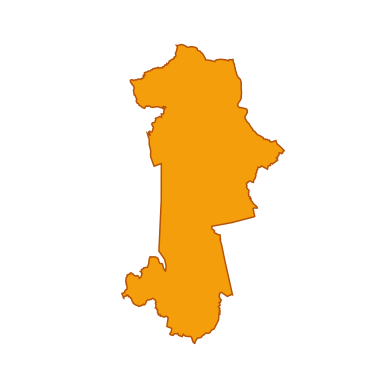 outline of El Plateado de Joaquín Amaro, Zacatecas, Mexico, rotated 160°
{"feature_id": "50627088B59379966693787", "entity_name": "El Plateado de Joaquín Amaro", "entity_type": "district", "adm_level": 2, "iso_a3": "MEX", "parent_name": "Mexico", "parent_adm1": "Zacatecas", "projection": "equal_earth", "projection_center": [-103.037, 22.004], "detail": "fine", "context": "isolated", "style": "filled", "palette": "amber", "viewbox_px": 384, "rotation_deg": 160, "n_neighbors": 0, "source": "geoboundaries", "source_scale": "gbopen_adm2", "svg_char_len": 6049}
<svg xmlns="http://www.w3.org/2000/svg" viewBox="0 0 384 384"><g transform="rotate(160 192 192)"><path d="M91.2,199.3L94.0,205.4L95.7,208.2L95.6,211.7L99.4,211.7L101.1,212.2L101.7,212.7L101.4,213.8L101.8,214.5L102.7,214.7L103.4,215.8L104.7,216.0L104.9,216.7L106.4,217.2L106.6,217.7L106.6,219.0L107.5,219.8L108.0,220.7L109.7,222.4L110.2,222.5L111.1,224.1L112.2,227.1L113.7,229.2L113.5,229.7L113.8,231.3L114.5,233.3L115.2,237.0L116.2,238.9L117.0,243.5L116.0,245.1L112.8,247.8L112.2,249.7L112.3,251.3L116.9,254.5L118.5,255.0L119.4,256.9L119.2,258.4L118.2,259.6L115.7,261.3L113.7,263.3L113.3,264.6L111.7,267.8L110.3,272.6L108.3,278.0L108.1,281.2L109.6,284.7L109.8,287.3L109.5,289.4L109.6,291.6L109.1,293.3L108.9,296.5L108.6,297.0L108.6,300.9L108.2,302.6L110.1,302.8L111.8,303.7L113.0,302.8L114.5,304.3L119.6,306.9L123.5,307.7L125.0,307.7L126.1,306.7L129.5,309.3L134.1,311.6L133.9,312.2L133.9,313.7L134.9,318.9L135.9,319.8L136.0,321.2L138.3,323.3L138.1,325.0L138.8,326.3L142.1,328.5L144.0,329.1L145.9,329.1L147.1,330.0L148.1,331.4L150.0,333.2L151.8,334.4L154.9,334.4L156.5,335.1L156.0,333.6L158.6,329.4L160.1,328.1L160.5,325.6L161.3,324.8L162.3,325.0L162.9,324.6L163.1,323.7L163.8,323.4L166.0,323.5L168.0,322.5L168.5,322.9L170.3,320.8L171.0,320.8L171.7,321.4L171.9,320.5L172.8,319.9L173.3,320.5L174.0,320.6L175.8,319.2L176.6,319.6L177.2,318.7L179.4,319.6L180.6,319.7L181.0,320.0L181.0,320.6L181.5,320.8L182.6,320.4L184.0,321.0L184.5,320.8L186.6,321.2L187.4,320.5L188.6,320.8L189.9,320.1L192.2,320.6L192.9,320.2L195.6,320.4L195.9,320.3L195.9,320.0L196.4,319.2L196.3,317.9L196.5,317.6L197.7,318.3L198.4,317.4L198.1,316.2L200.3,315.5L200.6,316.0L202.1,315.5L203.5,316.4L204.9,316.6L205.6,316.2L207.1,316.8L208.5,316.7L210.0,318.1L211.3,318.2L212.1,317.4L212.1,316.4L211.7,314.9L211.7,314.2L210.7,311.7L210.7,309.4L212.3,307.4L212.7,304.8L213.2,303.0L212.1,302.3L212.5,300.6L212.0,298.6L212.3,297.8L212.6,297.8L213.3,296.5L213.4,295.9L213.1,294.2L212.1,293.3L211.9,291.4L211.0,290.7L209.7,288.3L208.0,286.8L207.2,287.2L206.7,288.2L205.3,288.5L204.7,287.6L202.9,287.6L202.4,287.2L201.8,286.0L200.1,285.1L194.9,283.9L192.4,281.8L190.9,281.7L189.4,282.2L188.9,281.5L187.8,281.1L187.6,280.6L188.0,280.2L190.9,280.7L189.8,279.0L189.9,278.5L191.1,277.4L191.4,275.9L192.2,275.2L194.2,275.8L194.1,274.5L195.0,273.5L195.1,272.9L196.2,274.0L200.1,273.6L200.9,273.8L201.3,273.5L201.3,272.3L203.2,270.2L205.5,270.5L206.1,270.1L206.7,269.1L206.2,266.2L206.4,265.2L207.4,264.5L208.3,262.9L209.1,262.2L210.5,262.6L210.9,263.6L212.2,263.3L212.4,262.5L211.7,261.1L212.1,259.6L212.4,259.8L212.5,261.1L213.4,261.6L213.9,262.5L214.2,258.7L214.1,256.6L215.3,252.9L215.9,251.7L216.4,246.9L216.9,244.2L218.2,241.3L218.8,238.9L218.8,229.2L211.1,229.2L223.7,194.8L243.3,147.8L240.8,138.2L241.3,133.1L241.8,131.0L243.7,126.8L244.2,126.9L244.9,130.5L244.3,134.2L244.6,134.8L246.6,135.8L247.0,138.3L246.5,140.1L247.0,141.8L248.2,143.2L250.5,144.4L252.2,144.4L252.8,145.4L253.6,145.4L254.8,144.1L257.5,139.1L259.2,137.0L260.0,136.4L261.0,137.0L262.4,136.9L263.2,137.3L264.4,136.4L266.0,136.4L266.6,134.6L267.6,134.9L266.9,133.3L267.2,132.7L266.9,132.5L269.2,129.3L270.9,129.1L270.5,129.7L271.1,130.5L271.3,131.4L272.3,132.2L273.8,132.4L274.7,133.1L275.9,135.8L277.2,137.0L278.0,136.8L278.4,135.9L279.4,136.3L281.5,136.1L281.3,135.2L283.3,133.8L285.0,130.0L284.6,129.4L285.0,129.0L285.1,127.7L285.4,127.6L285.3,125.5L285.9,123.8L286.6,122.7L288.0,122.7L289.3,121.6L289.7,120.6L292.6,120.6L292.6,118.0L292.2,117.1L292.8,116.1L292.4,115.5L291.9,116.8L289.7,117.0L289.2,116.7L288.8,117.6L288.0,117.4L287.3,116.7L287.4,115.3L286.7,115.0L285.9,113.9L286.1,113.3L285.4,112.6L285.6,111.1L285.2,107.3L284.8,107.2L284.7,106.6L283.0,104.5L281.5,103.7L281.2,102.8L280.9,102.7L278.3,102.5L277.9,102.9L276.9,102.5L275.9,103.1L275.0,102.2L274.0,102.9L272.1,105.0L271.0,105.7L267.6,105.0L265.3,105.5L264.8,105.2L263.4,102.8L263.6,102.2L263.5,100.7L264.4,100.1L264.5,98.6L264.9,97.0L265.3,96.3L266.1,95.7L265.0,94.7L265.3,93.6L264.6,92.9L265.6,90.9L265.2,89.0L265.7,88.4L265.5,87.9L264.1,87.9L263.8,87.5L264.3,86.3L262.8,85.6L261.0,83.9L259.0,84.2L258.6,84.0L257.4,82.1L261.6,74.2L257.7,70.8L259.2,67.9L261.1,66.6L261.4,66.1L261.2,65.3L258.8,63.7L257.0,64.9L254.6,63.9L253.8,64.0L253.4,63.3L253.7,62.7L253.6,61.9L251.2,59.8L250.6,59.5L248.9,61.2L247.8,59.2L246.7,58.3L244.0,57.1L242.9,56.9L242.0,55.2L242.3,54.7L242.1,52.7L242.3,52.6L242.3,50.6L241.4,48.9L240.7,49.1L240.5,49.8L239.7,50.7L236.9,52.8L233.8,52.2L232.5,52.6L231.0,53.6L229.5,53.7L227.2,54.8L225.6,53.8L224.3,53.6L223.3,53.8L220.5,55.7L218.3,55.6L210.8,62.7L208.3,68.2L207.5,67.8L207.6,69.7L206.6,69.7L206.3,71.4L206.7,72.0L206.1,73.0L205.8,72.9L205.7,73.7L206.4,75.1L206.2,75.5L204.3,76.0L204.5,78.4L204.3,78.9L204.0,78.9L204.0,77.9L203.6,78.9L203.0,78.6L202.6,79.5L201.4,80.5L202.3,81.8L202.1,82.8L202.3,84.7L201.9,85.0L201.8,85.7L202.1,86.0L201.4,85.8L201.0,86.4L200.9,87.2L199.5,87.7L198.6,87.6L194.5,81.8L190.1,82.2L189.1,81.5L184.5,117.3L182.3,131.8L182.0,136.4L181.8,137.5L181.5,137.4L181.2,138.5L180.4,142.2L181.8,142.9L183.1,144.0L183.5,144.8L184.1,145.0L184.9,146.6L184.1,147.6L184.9,149.3L185.8,150.2L185.9,151.0L184.9,153.0L164.9,149.6L142.1,147.5L141.4,147.7L140.3,155.5L139.6,155.9L136.2,154.6L136.0,155.7L138.3,160.1L138.9,162.7L139.3,163.2L139.3,164.5L138.9,165.3L139.8,165.7L139.9,166.0L139.1,166.5L139.0,167.5L139.7,167.9L140.0,168.5L140.0,169.3L139.5,170.0L139.4,171.7L139.0,171.9L137.9,174.1L138.8,175.9L139.2,177.9L138.2,179.0L138.3,180.2L138.0,181.2L137.3,181.4L136.9,182.0L136.1,181.9L135.9,182.3L133.7,182.6L132.2,180.8L131.3,180.0L130.8,180.2L130.6,181.0L129.5,182.4L128.4,182.9L127.2,184.3L126.2,185.9L126.1,187.3L124.8,187.9L123.9,189.9L123.0,190.4L121.8,192.1L121.6,192.7L119.7,191.8L117.7,192.7L113.3,187.6L111.5,190.4L109.2,190.1L108.8,191.3L108.3,191.7L107.5,191.6L106.9,190.8L100.7,192.6L100.4,193.6L100.8,194.0L101.1,195.2L99.8,195.2L99.2,196.2L97.5,197.1L96.9,198.9L96.1,198.9L94.6,197.3L93.7,197.6L93.6,198.1L93.2,198.1L92.6,198.9L91.2,199.3Z" fill="#f59e0b" stroke="#b45309" stroke-width="1.5"/></g></svg>